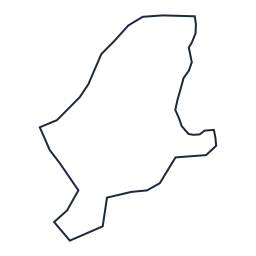 outline of Analiontas, Nicosia, Cyprus
{"feature_id": "46923920B57041091158148", "entity_name": "Analiontas", "entity_type": "district", "adm_level": 2, "iso_a3": "CYP", "parent_name": "Cyprus", "parent_adm1": "Nicosia", "projection": "mercator", "projection_center": [33.3, 35.009], "detail": "fine", "context": "isolated", "style": "outline", "palette": "slate", "viewbox_px": 256, "rotation_deg": 0, "n_neighbors": 0, "source": "geoboundaries", "source_scale": "gbopen_adm2", "svg_char_len": 615}
<svg xmlns="http://www.w3.org/2000/svg" viewBox="0 0 256 256"><path d="M194.8,16.3L162.7,15.4L142.7,16.8L128.4,25.4L114.1,41.2L101.3,54.1L88.4,84.2L79.8,97.1L57.0,120.1L39.8,127.3L49.8,150.2L59.8,163.2L78.4,190.4L67.0,210.5L54.1,222.0L69.8,240.6L102.7,226.3L107.0,197.6L131.3,191.9L147.0,190.4L159.8,183.2L175.5,157.4L206.1,155.1L216.2,145.7L215.4,137.8L213.9,129.9L204.6,130.6L199.7,134.4L193.3,134.8L188.5,134.0L181.7,126.1L179.1,118.6L175.3,109.9L177.6,99.4L180.2,90.4L183.6,78.0L188.8,70.8L191.8,62.2L188.8,47.5L191.8,42.6L195.6,33.2L195.9,24.2L194.8,16.3Z" fill="none" stroke="#1e293b" stroke-width="2"/></svg>